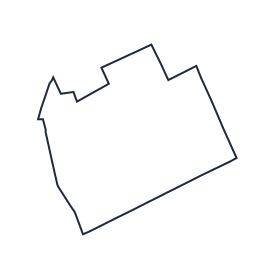 Windham, Connecticut, United States of America, rotated 65°
{"feature_id": "52423323B50324071852307", "entity_name": "Windham", "entity_type": "district", "adm_level": 2, "iso_a3": "USA", "parent_name": "United States of America", "parent_adm1": "Connecticut", "projection": "mercator", "projection_center": [-71.988, 41.832], "detail": "fine", "context": "isolated", "style": "outline", "palette": "slate", "viewbox_px": 256, "rotation_deg": 65, "n_neighbors": 0, "source": "geoboundaries", "source_scale": "gbopen_adm2", "svg_char_len": 721}
<svg xmlns="http://www.w3.org/2000/svg" viewBox="0 0 256 256"><g transform="rotate(65 128 128)"><path d="M204.6,175.7L204.2,155.6L204.1,153.7L203.6,139.2L203.6,138.4L203.2,124.4L203.2,123.9L203.0,120.3L203.0,118.0L202.2,90.3L201.9,81.8L201.5,49.2L201.0,42.3L173.2,41.9L171.0,41.9L146.9,41.1L138.8,40.8L113.5,40.6L101.4,39.9L100.6,39.9L101.6,71.2L84.1,71.1L62.3,71.6L62.1,126.6L79.8,126.7L82.5,163.1L72.3,162.2L68.6,174.4L62.5,174.4L53.9,174.4L50.5,174.4L52.5,176.7L54.8,180.6L64.1,189.4L73.0,198.0L82.1,205.8L84.1,201.4L94.7,203.3L96.9,204.4L140.6,214.1L142.8,214.5L149.6,216.0L151.4,216.1L173.1,213.2L181.9,211.8L205.3,213.7L205.5,206.6L204.6,175.9L204.6,175.7Z" fill="none" stroke="#1e293b" stroke-width="2"/></g></svg>